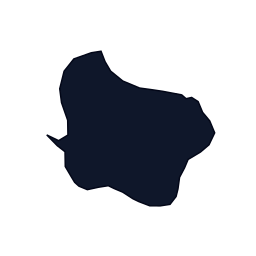 the district of Kosan, Kangwŏn-do, North Korea, rotated 329°
{"feature_id": "82179303B69390699872040", "entity_name": "Kosan", "entity_type": "district", "adm_level": 2, "iso_a3": "PRK", "parent_name": "North Korea", "parent_adm1": "Kangwŏn-do", "projection": "robinson", "projection_center": [127.417, 38.897], "detail": "fine", "context": "isolated", "style": "filled", "palette": "ink", "viewbox_px": 256, "rotation_deg": 329, "n_neighbors": 0, "source": "geoboundaries", "source_scale": "gbopen_adm2", "svg_char_len": 714}
<svg xmlns="http://www.w3.org/2000/svg" viewBox="0 0 256 256"><g transform="rotate(329 128 128)"><path d="M54.8,92.1L58.3,106.8L61.8,115.9L54.4,128.7L54.3,139.7L54.3,147.1L56.0,152.6L61.4,159.9L72.3,163.6L81.4,167.3L85.0,172.8L90.4,180.2L95.8,191.2L99.4,196.7L106.6,205.9L115.7,211.4L124.7,215.1L126.2,214.5L133.9,211.5L139.4,206.0L146.8,196.8L155.9,191.3L163.3,185.9L177.9,185.9L188.8,184.1L199.8,176.8L201.7,164.0L200.0,153.0L201.7,141.5L198.3,134.6L192.9,132.8L191.1,127.3L176.6,114.4L167.6,107.0L158.5,99.7L147.7,85.0L142.4,70.3L142.5,59.3L144.4,48.3L135.3,44.6L117.2,40.9L102.5,46.4L89.7,59.2L84.1,72.0L80.3,90.3L72.9,103.1L62.0,103.1L54.8,92.1Z" fill="#0f172a" stroke="#020617" stroke-width="1.5"/></g></svg>